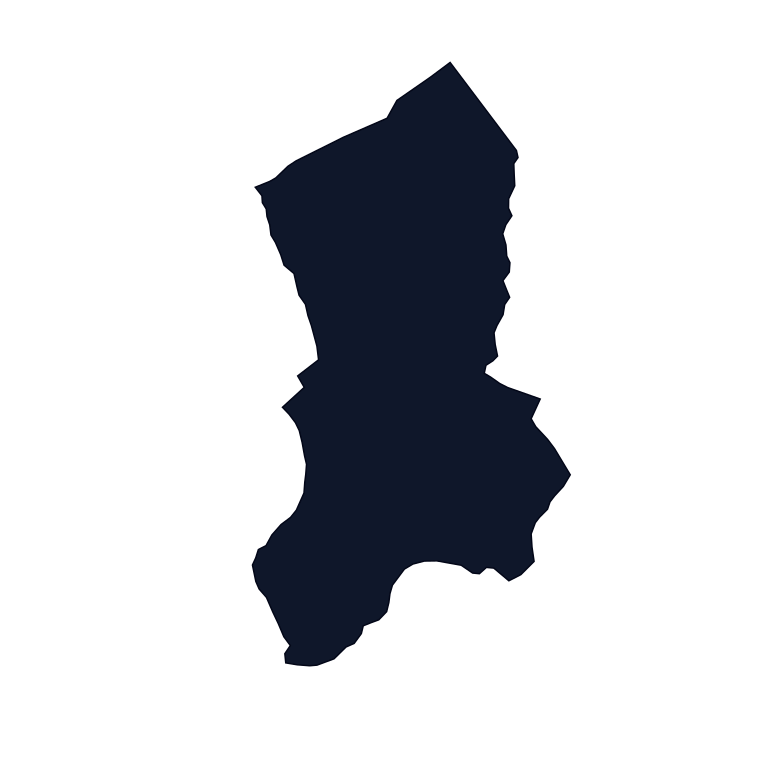 the district of Mirador, Paraná, Brazil, rotated 323°
{"feature_id": "56859067B94661520403732", "entity_name": "Mirador", "entity_type": "district", "adm_level": 2, "iso_a3": "BRA", "parent_name": "Brazil", "parent_adm1": "Paraná", "projection": "orthographic", "projection_center": [-52.761, -23.203], "detail": "fine", "context": "isolated", "style": "filled", "palette": "ink", "viewbox_px": 768, "rotation_deg": 323, "n_neighbors": 0, "source": "geoboundaries", "source_scale": "gbopen_adm2", "svg_char_len": 1695}
<svg xmlns="http://www.w3.org/2000/svg" viewBox="0 0 768 768"><g transform="rotate(323 384 384)"><path d="M137.7,547.6L145.7,556.0L155.1,564.3L161.3,568.2L178.7,573.4L195.4,571.2L204.1,573.2L215.7,569.7L221.9,564.6L230.3,566.9L237.9,569.2L249.1,567.4L256.4,561.4L262.5,555.1L269.7,549.7L288.9,544.1L298.8,545.2L309.7,549.7L319.7,557.0L336.6,575.2L341.0,588.3L346.0,592.9L355.4,592.1L360.9,597.1L365.3,616.3L378.6,618.6L397.1,616.0L404.0,603.4L411.3,592.3L421.4,585.8L428.0,584.0L439.2,582.4L445.7,578.0L453.0,576.0L465.6,573.7L478.1,568.6L481.3,538.1L481.3,526.7L479.5,509.4L480.6,500.3L499.7,490.0L480.6,461.2L476.7,453.2L473.3,442.6L470.5,435.8L476.7,430.4L484.9,431.0L491.5,430.0L496.6,419.3L502.7,409.3L509.4,405.3L520.8,400.3L528.2,393.2L536.5,390.4L538.7,382.1L541.2,373.0L551.4,370.0L557.6,362.9L559.0,355.7L565.1,346.3L569.2,335.5L577.2,330.1L587.4,326.6L589.2,318.6L595.0,311.1L607.7,304.4L614.7,294.1L620.3,286.1L627.3,283.8L630.3,277.2L630.3,167.0L605.6,166.9L565.0,165.3L546.4,173.6L500.0,162.5L448.1,152.9L438.3,152.3L421.6,154.3L414.5,153.4L399.6,149.4L399.8,160.2L396.0,166.0L395.3,173.3L391.3,179.9L388.5,188.2L383.4,197.0L382.5,205.6L379.4,218.5L375.7,229.0L378.6,241.6L372.9,254.2L369.6,262.0L369.2,273.1L364.4,283.7L361.2,293.6L353.2,313.4L346.3,325.3L319.9,325.6L318.3,338.7L288.9,341.5L290.0,351.0L290.0,361.6L288.3,370.2L283.5,381.3L277.3,393.6L273.8,401.5L267.3,408.9L261.5,414.9L254.5,422.9L246.2,427.5L238.1,432.0L229.1,434.3L217.2,434.3L203.6,437.1L192.5,442.1L184.1,440.6L176.9,445.7L170.0,449.4L162.8,464.6L160.9,472.6L161.7,483.7L158.0,499.1L155.4,511.7L151.9,525.6L151.8,536.5L142.5,539.7L137.7,547.6Z" fill="#0f172a" stroke="#020617" stroke-width="1.5"/></g></svg>